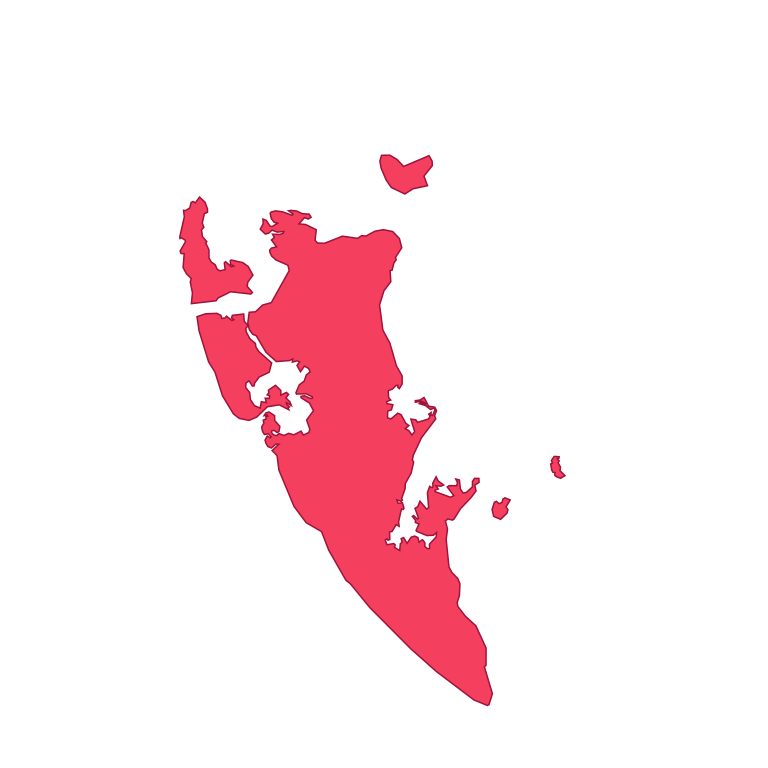 outline of Mafia, Pwani, United Republic of Tanzania, rotated 123°
{"feature_id": "72390352B74532147136856", "entity_name": "Mafia", "entity_type": "district", "adm_level": 2, "iso_a3": "TZA", "parent_name": "United Republic of Tanzania", "parent_adm1": "Pwani", "projection": "mercator", "projection_center": [39.736, -7.86], "detail": "fine", "context": "isolated", "style": "filled", "palette": "rose", "viewbox_px": 768, "rotation_deg": 123, "n_neighbors": 0, "source": "geoboundaries", "source_scale": "gbopen_adm2", "svg_char_len": 6176}
<svg xmlns="http://www.w3.org/2000/svg" viewBox="0 0 768 768"><g transform="rotate(123 384 384)"><path d="M596.6,183.5L600.0,136.4L597.3,122.2L595.8,121.3L584.7,124.4L566.5,145.8L564.4,145.2L549.8,154.6L536.8,175.2L534.4,189.4L530.3,201.0L527.5,203.5L520.4,205.5L510.2,211.5L506.9,216.3L505.1,224.4L502.0,229.9L480.5,247.2L471.1,251.7L465.4,257.9L462.4,256.9L460.8,252.4L459.2,251.7L446.8,251.9L431.7,249.1L423.6,248.5L419.5,252.8L414.7,250.7L411.5,253.0L413.8,256.7L417.6,256.7L422.1,253.8L430.1,255.9L432.4,258.4L430.3,262.9L423.4,268.5L424.6,272.1L426.8,268.6L429.8,267.7L433.7,274.0L435.9,274.9L439.6,264.6L442.8,266.6L446.5,282.7L445.3,283.4L442.5,281.3L441.1,285.1L438.7,280.6L436.2,279.0L435.8,285.7L433.4,289.8L440.6,289.1L443.5,286.9L444.8,287.4L445.0,290.0L451.7,288.3L463.4,279.2L465.7,280.2L462.7,290.0L468.5,288.9L471.4,290.3L477.8,281.9L479.1,282.5L478.2,287.5L479.6,288.1L481.2,283.3L483.1,282.3L482.3,278.5L489.5,277.3L489.8,276.3L487.7,265.3L483.8,260.1L480.0,259.0L483.8,256.9L493.5,258.7L497.1,256.1L498.4,257.9L498.0,261.4L495.2,262.9L493.8,265.8L493.7,267.1L497.6,268.4L494.3,272.0L494.9,275.6L497.7,277.8L505.1,277.9L502.1,283.9L504.3,285.4L506.9,282.6L509.1,283.3L515.1,280.1L515.3,286.2L512.8,287.0L512.5,288.9L517.2,294.0L514.3,297.9L512.2,297.3L512.8,295.5L511.3,294.4L505.1,298.7L503.2,296.9L495.3,297.2L495.1,293.8L491.6,296.7L481.9,300.4L479.3,301.2L478.7,299.5L477.2,299.6L473.6,303.9L476.4,307.1L474.2,310.1L473.1,305.6L471.3,305.3L470.6,306.8L460.2,309.3L455.9,311.9L444.0,312.7L433.3,316.6L432.4,318.7L427.9,320.6L408.8,323.3L385.1,321.6L383.1,324.2L377.6,325.5L375.8,328.8L378.3,334.5L373.5,343.1L377.9,345.1L380.9,348.7L382.2,347.8L377.8,342.9L377.6,337.9L379.2,339.1L379.2,343.3L381.3,343.8L379.5,337.4L380.0,331.2L377.0,328.7L377.5,327.3L383.9,326.1L384.4,328.0L382.2,328.9L384.9,330.1L385.9,327.8L389.1,327.6L397.8,334.9L396.7,337.8L398.8,342.4L407.2,332.4L411.6,332.7L409.6,337.6L409.9,341.9L405.3,340.4L405.0,344.5L400.4,352.9L401.0,356.6L409.4,359.1L410.5,362.6L404.7,366.1L401.6,363.7L396.5,365.3L398.9,370.9L397.3,372.2L393.8,369.6L392.9,372.6L387.4,376.8L383.5,374.1L378.8,373.1L377.5,371.7L379.3,370.6L379.5,368.6L374.1,368.8L367.4,373.1L361.9,383.6L346.6,401.2L339.4,414.3L320.1,430.8L305.8,434.8L294.5,434.0L285.6,440.6L284.0,439.2L277.3,441.6L273.2,441.4L271.6,443.3L260.1,443.3L253.6,450.3L251.4,459.7L254.9,468.6L260.9,474.9L269.7,479.7L271.8,483.6L276.2,485.4L282.6,499.3L298.3,510.5L302.0,516.6L301.0,520.1L291.5,524.8L292.9,536.5L296.0,542.5L287.8,541.3L286.9,537.4L283.9,535.9L282.3,539.3L285.7,545.4L286.5,551.5L289.0,556.5L290.7,558.4L291.0,552.8L292.5,552.8L294.9,563.0L297.9,569.3L301.1,572.2L302.8,572.5L306.7,568.6L308.2,564.0L307.1,560.8L312.9,563.6L313.7,565.4L310.9,571.8L311.6,575.4L315.4,572.6L321.6,572.1L322.9,565.2L320.3,562.8L315.9,561.7L314.8,556.3L310.6,551.0L312.5,550.7L315.2,552.7L319.1,559.1L320.9,555.7L324.5,556.9L327.5,548.8L331.3,552.4L334.0,552.8L335.7,551.4L337.9,547.9L338.8,542.1L336.7,529.3L340.5,525.3L377.1,522.8L383.9,528.8L393.4,531.1L397.3,536.1L407.0,531.5L411.8,526.5L413.8,521.2L413.1,517.4L421.7,500.2L423.8,486.5L415.8,476.0L412.7,474.2L415.6,472.8L411.8,469.4L411.5,466.8L415.8,467.1L419.2,460.7L412.4,460.5L412.0,455.7L414.1,452.5L418.7,454.1L425.0,452.5L430.8,454.6L439.3,453.1L440.1,451.9L434.6,443.9L433.8,437.1L435.0,436.3L436.2,437.9L437.2,444.4L439.6,446.9L440.7,446.0L440.6,436.2L444.8,428.6L456.4,429.3L462.3,421.6L465.6,420.6L470.7,423.8L468.7,427.9L475.7,431.9L477.3,437.1L481.7,439.9L482.8,445.2L485.6,445.8L486.9,448.9L485.9,452.0L484.3,452.6L482.8,450.9L482.9,447.3L481.1,446.2L476.3,448.2L474.1,455.8L470.1,458.5L470.1,465.3L472.7,467.3L475.8,467.3L473.5,465.2L474.3,463.9L475.5,465.5L477.4,463.8L480.2,465.6L482.3,463.4L486.7,463.2L489.9,460.1L491.5,456.8L488.8,454.0L489.6,449.9L491.1,450.0L491.2,453.6L495.9,453.2L497.9,450.9L499.7,447.4L499.0,443.6L493.4,442.0L491.7,439.4L500.8,441.6L502.3,434.7L513.4,425.3L535.7,392.8L542.7,373.7L541.8,356.0L553.5,339.8L569.4,308.9L569.9,303.3L579.2,274.3L591.5,217.3L596.6,183.5ZM458.5,460.4L457.4,449.8L456.3,451.5L454.6,450.8L454.3,454.3L452.8,455.6L452.5,450.0L450.2,453.2L449.1,458.7L444.7,458.3L444.2,461.3L449.6,464.5L445.6,467.0L444.2,474.3L452.2,477.6L453.9,475.8L456.7,476.1L456.2,473.4L458.5,472.4L460.6,475.9L463.6,472.6L465.7,477.2L471.7,474.8L472.7,481.0L469.8,487.6L464.3,492.0L462.2,498.2L458.2,500.3L454.8,498.8L457.4,493.4L456.4,491.9L453.6,493.0L446.2,492.5L436.6,486.7L427.5,489.7L425.0,506.5L422.8,511.5L420.0,514.0L419.2,520.9L415.4,527.8L412.7,530.2L409.2,529.7L407.5,535.4L401.7,539.8L409.0,548.6L411.7,547.8L411.9,545.0L413.6,546.1L412.9,553.1L415.2,553.2L417.3,555.8L415.2,558.2L415.8,562.7L422.2,571.8L429.4,577.5L440.3,567.9L461.0,543.1L466.1,532.2L481.9,513.0L491.1,493.9L491.7,486.6L488.0,477.3L481.0,472.7L466.6,469.4L458.5,460.4ZM390.2,562.9L381.1,544.7L379.0,544.1L376.5,552.1L372.5,553.7L364.1,553.2L359.4,561.9L359.1,568.5L363.2,579.6L364.2,580.2L367.1,577.8L366.9,574.3L368.8,575.9L367.7,583.5L369.4,583.9L374.7,579.5L378.4,583.2L378.7,586.2L375.9,590.6L375.8,595.3L373.6,599.4L366.7,604.0L362.8,610.4L361.2,610.1L359.2,616.5L354.2,621.0L350.7,620.4L348.1,624.0L338.9,627.5L336.2,625.5L333.3,627.4L329.0,633.1L327.7,640.5L334.8,640.9L335.0,643.6L336.8,644.6L342.1,642.8L346.6,644.8L347.5,646.7L352.6,642.5L371.9,635.4L373.1,634.3L371.8,633.7L371.6,629.3L372.8,628.0L383.6,627.4L385.1,625.3L383.6,622.5L395.8,615.9L399.1,609.9L400.6,603.0L403.9,602.1L411.9,594.3L421.5,589.3L405.7,570.2L402.2,570.0L390.2,562.9ZM204.6,466.1L194.0,455.5L187.9,463.7L174.4,462.4L170.9,465.0L168.0,470.6L190.9,486.1L188.6,495.2L188.9,503.7L193.5,510.6L199.3,508.9L204.5,504.0L211.8,493.2L215.2,484.9L213.3,470.0L204.6,466.1ZM425.5,210.5L422.0,211.5L420.6,214.7L412.5,215.0L413.6,220.6L415.7,221.6L419.1,220.5L421.7,222.3L421.2,225.9L423.1,227.0L430.4,225.0L435.3,219.9L434.0,212.5L425.5,210.5ZM366.9,184.6L362.3,182.3L360.8,189.2L357.6,190.7L355.2,195.1L353.0,195.2L352.5,197.9L351.1,197.0L350.9,197.4L350.5,197.1L349.6,197.5L352.0,201.8L356.8,202.0L358.8,199.6L360.3,200.7L365.0,196.2L366.1,194.1L365.2,192.3L367.6,191.0L367.8,188.5L366.9,184.6Z" fill="#f43f5e" stroke="#9f1239" stroke-width="1.5"/></g></svg>